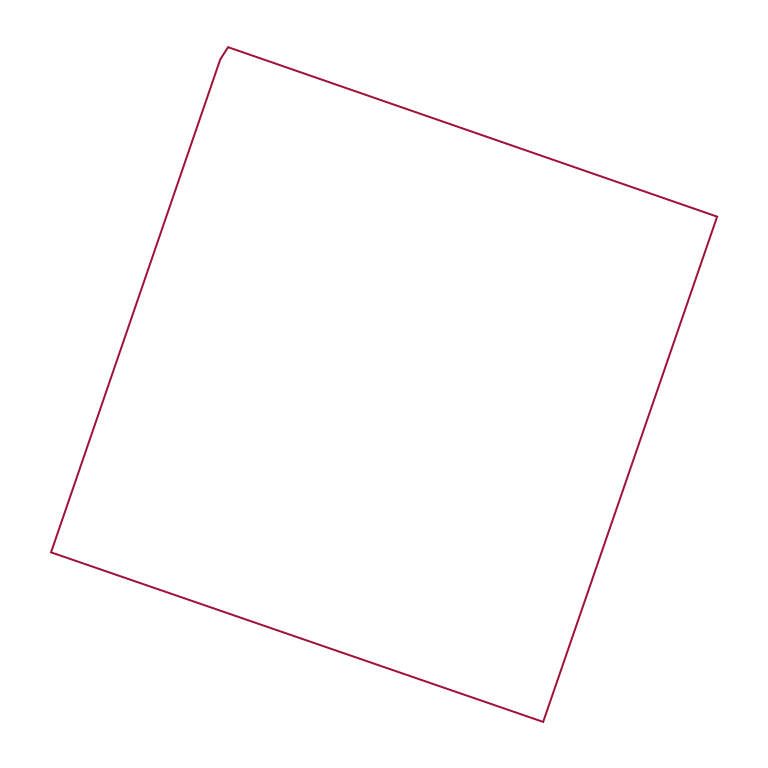 outline of Adams, Nebraska, United States of America, rotated 19°
{"feature_id": "52423323B10491210424297", "entity_name": "Adams", "entity_type": "district", "adm_level": 2, "iso_a3": "USA", "parent_name": "United States of America", "parent_adm1": "Nebraska", "projection": "mercator", "projection_center": [-98.47, 40.525], "detail": "fine", "context": "isolated", "style": "outline", "palette": "rose", "viewbox_px": 768, "rotation_deg": 19, "n_neighbors": 0, "source": "geoboundaries", "source_scale": "gbopen_adm2", "svg_char_len": 249}
<svg xmlns="http://www.w3.org/2000/svg" viewBox="0 0 768 768"><g transform="rotate(19 384 384)"><path d="M639.0,117.3L126.9,116.3L123.5,130.4L124.0,651.6L644.5,651.7L644.5,117.3L639.0,117.3Z" fill="none" stroke="#9f1239" stroke-width="2"/></g></svg>